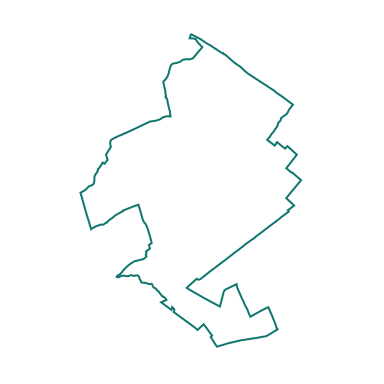 Balteni, Vaslui, Romania, rotated 83°
{"feature_id": "2599482B7876180524061", "entity_name": "Balteni", "entity_type": "district", "adm_level": 2, "iso_a3": "ROU", "parent_name": "Romania", "parent_adm1": "Vaslui", "projection": "albers", "projection_center": [27.634, 46.674], "detail": "fine", "context": "isolated", "style": "outline", "palette": "teal", "viewbox_px": 384, "rotation_deg": 83, "n_neighbors": 0, "source": "geoboundaries", "source_scale": "gbopen_adm2", "svg_char_len": 6022}
<svg xmlns="http://www.w3.org/2000/svg" viewBox="0 0 384 384"><g transform="rotate(83 192 192)"><path d="M266.5,276.9L267.3,277.0L267.6,276.1L267.7,275.4L267.7,275.0L267.4,274.4L266.8,272.6L266.6,271.5L266.6,270.4L266.8,269.4L267.0,268.7L267.3,268.1L267.7,266.9L267.7,266.4L267.7,265.2L267.5,263.9L267.2,263.1L267.1,262.6L267.4,261.7L268.1,260.5L268.1,258.9L268.0,257.9L268.0,257.1L268.3,256.1L268.6,255.5L269.3,255.0L270.0,254.8L271.0,254.7L272.4,254.4L273.6,253.8L274.7,253.4L275.5,253.3L276.1,251.5L276.4,250.2L276.4,249.5L277.1,247.8L277.6,247.2L277.9,246.4L278.1,245.9L278.3,244.5L278.2,243.9L278.3,243.2L278.8,242.8L280.9,242.3L281.7,241.9L282.3,241.5L282.9,240.4L283.5,239.7L284.4,239.1L285.3,238.7L286.0,237.9L286.8,237.2L288.0,236.6L289.3,235.7L291.6,234.5L291.8,234.0L292.2,233.8L292.2,233.5L292.5,233.0L293.8,231.7L296.0,230.5L296.3,231.1L296.5,232.1L297.7,236.1L306.5,226.8L303.8,225.7L306.6,223.8L308.9,224.8L321.8,211.1L327.4,205.2L329.6,203.3L324.7,196.6L329.4,193.8L333.7,191.5L337.0,189.5L338.2,191.1L340.6,189.9L344.7,188.1L348.6,186.0L346.6,174.8L345.2,161.9L345.1,160.2L345.1,158.7L344.8,149.7L344.6,143.1L344.3,141.2L344.3,139.7L344.3,137.6L344.3,137.2L343.9,135.2L341.8,130.5L338.7,123.8L337.7,124.4L336.7,124.7L334.5,125.1L331.9,125.7L324.0,127.8L317.7,129.7L315.6,130.3L316.7,133.7L319.6,141.2L322.9,149.3L321.9,149.6L318.3,150.7L316.7,151.1L315.4,151.3L310.8,153.2L305.4,154.7L304.6,155.1L303.8,155.4L294.3,158.2L293.0,158.6L291.4,158.8L289.9,159.1L288.9,159.0L289.6,161.1L292.6,169.8L293.1,171.0L293.6,171.7L294.4,172.3L295.4,172.9L299.4,174.4L309.1,178.3L308.8,178.7L298.9,192.7L289.8,204.9L287.9,207.3L286.5,208.9L280.2,200.1L278.7,197.9L279.6,196.8L279.8,196.3L279.8,195.6L279.5,194.3L275.2,187.2L273.2,184.1L271.0,180.3L269.4,177.4L267.5,174.3L265.3,170.4L263.7,167.5L257.9,158.0L256.4,155.4L254.8,152.5L252.7,149.0L250.1,144.8L249.1,143.0L246.6,138.4L245.2,135.4L244.8,135.2L243.7,133.5L242.6,131.6L241.4,129.4L235.5,119.4L231.9,113.1L230.7,111.1L228.9,107.8L228.4,107.2L227.9,106.6L223.8,99.3L223.1,98.2L221.8,99.1L221.4,98.3L217.9,92.3L209.6,99.2L207.3,96.8L193.5,82.3L184.7,90.3L184.7,91.0L179.9,95.5L167.7,83.4L158.1,91.7L160.3,94.3L152.9,101.5L153.6,102.3L154.8,103.0L156.0,104.3L154.4,105.8L153.5,106.8L151.5,109.0L150.5,109.9L149.8,110.8L149.2,111.0L148.7,110.3L146.9,108.2L146.1,107.6L144.6,106.4L142.0,103.6L140.8,102.6L139.7,101.7L137.2,99.4L136.4,98.9L134.7,98.3L133.6,97.8L133.1,97.1L132.8,96.5L132.5,96.1L131.7,95.5L131.2,95.1L130.6,94.8L129.8,94.8L129.2,94.1L128.7,93.3L127.3,90.8L126.9,89.9L126.6,89.6L126.4,89.3L126.1,88.5L125.3,87.7L123.3,86.4L121.8,85.4L121.1,84.7L119.4,82.9L118.2,81.8L117.6,81.2L110.0,89.1L109.1,90.0L107.5,91.7L106.1,93.4L103.2,96.6L101.1,98.4L100.1,99.7L97.7,102.6L95.2,105.4L92.8,108.4L80.6,122.8L73.7,128.6L68.6,134.4L65.8,136.9L60.0,142.0L59.4,142.7L59.4,143.3L58.2,143.9L58.0,144.1L58.1,144.5L57.8,145.1L57.0,146.2L53.9,149.9L52.9,150.9L52.9,151.1L52.7,151.3L49.3,155.2L47.6,157.4L46.2,159.4L44.7,161.1L41.4,164.8L35.9,172.8L35.4,173.7L35.8,174.1L36.3,174.4L37.3,174.7L39.2,175.6L39.7,172.3L40.7,169.8L44.4,168.0L49.5,164.1L58.6,173.9L59.5,175.0L59.6,175.9L59.8,176.8L60.0,178.4L60.0,179.0L59.5,181.2L59.4,181.6L59.5,182.1L59.7,183.2L59.5,183.9L59.6,184.7L59.8,185.2L60.3,186.2L61.1,187.5L61.4,188.3L61.6,189.4L61.8,190.5L62.1,191.5L62.2,195.0L62.3,195.5L63.1,196.8L63.7,197.5L64.7,197.9L65.7,198.5L68.5,199.7L69.6,200.0L71.0,200.5L74.9,202.6L76.7,204.2L77.2,204.7L77.9,205.8L78.7,206.8L79.0,207.0L79.5,207.1L83.5,206.7L88.3,206.2L89.6,206.2L90.7,206.3L91.2,206.4L92.1,206.3L92.6,206.1L93.3,206.0L93.7,206.1L94.2,206.4L94.3,206.6L94.8,206.7L95.6,206.1L96.3,205.5L96.7,205.4L97.8,205.3L101.7,205.1L106.9,204.5L110.1,204.0L110.6,204.1L111.2,204.3L112.9,204.0L113.4,204.0L114.4,204.2L114.5,204.5L114.4,204.9L113.9,206.2L113.8,207.4L113.8,208.8L114.0,209.5L114.3,211.5L115.0,212.9L115.9,214.7L116.3,216.3L116.7,218.5L116.9,222.3L117.0,224.9L117.2,226.0L118.5,229.8L119.2,231.9L120.5,235.8L120.8,236.6L121.1,237.7L121.8,239.5L123.3,244.3L124.4,247.5L124.5,248.0L124.6,248.5L125.1,249.4L125.6,251.7L126.3,253.8L126.9,255.7L127.4,258.0L127.8,259.0L129.1,262.9L130.0,265.1L130.4,265.9L131.0,266.3L132.3,267.0L133.4,267.3L134.2,267.3L134.9,267.3L136.9,267.0L137.3,267.1L137.7,267.4L138.8,268.3L139.1,268.4L139.7,269.0L141.7,270.6L143.0,271.5L144.5,272.9L149.8,271.8L151.8,274.0L153.3,275.1L151.9,277.2L152.5,277.6L153.6,278.2L154.5,279.2L155.4,280.1L155.7,280.1L156.3,280.6L157.4,281.9L157.9,282.5L158.2,282.8L158.9,282.8L159.5,282.8L159.7,283.2L159.9,283.3L161.3,284.1L161.9,284.7L162.1,285.1L164.1,286.6L164.6,286.8L165.2,287.0L166.4,287.2L167.0,287.2L167.6,287.3L170.0,287.8L170.5,288.0L171.3,288.5L171.8,288.7L172.2,289.0L172.7,289.7L173.1,290.8L173.4,291.8L173.7,293.4L174.1,294.0L176.1,296.5L176.8,297.5L177.4,298.5L178.6,301.4L179.2,302.8L183.9,302.0L191.4,300.9L197.4,300.0L205.5,298.6L207.2,298.2L210.1,297.7L213.0,297.3L216.6,296.7L215.9,295.7L215.5,294.5L214.9,292.7L214.4,291.8L214.1,290.4L214.0,289.5L213.7,288.6L213.2,286.3L213.3,285.6L213.5,284.9L213.6,284.3L213.5,283.7L213.2,283.1L212.8,282.5L212.2,281.8L212.1,281.2L212.0,280.9L211.9,280.5L212.0,280.1L211.8,279.8L211.3,279.7L210.9,279.3L209.7,277.5L209.1,276.2L208.7,275.7L208.4,274.7L207.3,273.1L206.7,272.1L205.9,271.1L205.5,270.2L204.2,266.9L202.9,263.9L202.7,263.0L202.1,263.0L201.9,262.4L201.2,259.5L200.5,257.0L200.1,255.3L198.9,250.8L198.1,246.7L203.8,245.7L214.1,244.1L215.6,243.5L216.9,242.8L218.0,242.0L219.9,241.3L221.1,241.0L224.1,240.3L230.7,239.1L237.7,238.2L239.2,241.0L239.3,241.2L242.8,240.6L243.0,240.6L243.4,241.3L244.8,243.5L244.9,244.3L245.4,244.9L246.2,244.8L247.3,244.6L247.8,244.8L248.3,245.5L248.8,245.5L249.7,245.3L250.2,245.0L250.6,245.2L251.4,246.4L252.5,248.0L252.7,248.4L252.8,249.9L253.2,253.1L253.6,255.7L253.7,257.3L254.2,258.6L254.8,259.9L255.2,260.9L256.4,263.0L257.4,264.7L258.2,265.8L259.0,266.7L260.0,268.1L261.4,269.7L262.5,270.7L263.7,272.1L264.7,273.3L265.1,274.2L265.4,275.1L266.5,276.9Z" fill="none" stroke="#0f766e" stroke-width="2"/></g></svg>